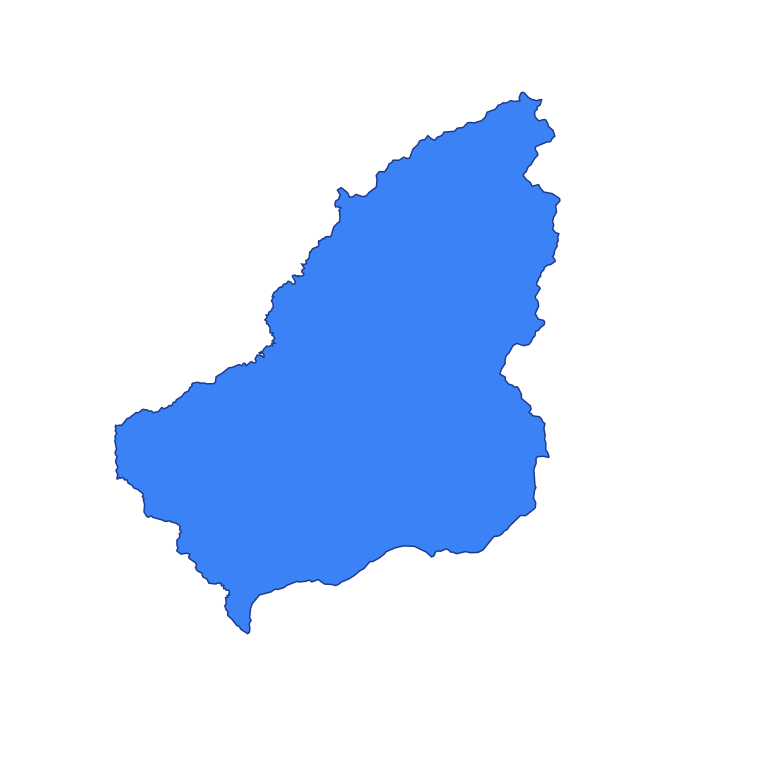 Pang Mapha, Mae Hong Son, Thailand, rotated 60°
{"feature_id": "78962969B96104759744449", "entity_name": "Pang Mapha", "entity_type": "district", "adm_level": 2, "iso_a3": "THA", "parent_name": "Thailand", "parent_adm1": "Mae Hong Son", "projection": "robinson", "projection_center": [98.144, 19.592], "detail": "fine", "context": "isolated", "style": "filled", "palette": "blue", "viewbox_px": 768, "rotation_deg": 60, "n_neighbors": 0, "source": "geoboundaries", "source_scale": "gbopen_adm2", "svg_char_len": 6170}
<svg xmlns="http://www.w3.org/2000/svg" viewBox="0 0 768 768"><g transform="rotate(60 384 384)"><path d="M332.5,662.7L333.3,661.4L332.6,659.9L333.8,659.4L334.5,656.7L337.2,656.8L338.4,654.6L342.1,655.1L345.8,652.7L348.8,652.7L352.3,649.9L358.3,647.7L359.5,647.8L360.8,649.7L362.9,649.1L363.5,650.1L368.8,651.7L374.8,655.8L379.9,655.7L381.5,654.8L381.8,651.3L383.8,651.0L391.1,643.8L392.9,642.8L394.4,640.8L395.0,638.1L396.4,637.8L400.4,633.9L403.9,632.0L405.7,632.1L408.0,633.8L410.6,633.4L411.3,636.1L414.4,637.3L415.8,641.5L420.3,644.0L422.9,644.4L424.8,646.9L429.7,645.0L431.9,639.5L434.2,637.1L436.1,639.7L438.1,639.7L444.5,636.6L447.4,637.0L448.4,638.9L450.6,639.3L453.1,638.7L456.5,636.5L460.4,637.3L464.5,634.9L469.0,635.2L473.1,629.7L473.4,626.9L474.6,626.0L474.8,624.8L477.6,625.6L478.1,623.7L478.8,623.5L480.1,624.9L481.2,625.1L482.1,623.6L483.6,623.8L485.2,621.5L487.2,622.0L488.1,623.3L489.5,623.3L488.6,625.6L490.6,625.9L489.7,628.0L495.7,630.6L496.3,632.7L500.6,633.7L502.8,633.0L506.3,635.1L511.3,633.4L519.6,632.2L521.6,630.6L525.0,630.6L531.9,627.0L531.9,625.0L529.2,622.7L524.0,620.5L522.3,617.3L519.4,617.3L511.4,611.6L508.3,607.8L504.4,597.3L507.5,586.1L507.2,581.2L508.8,578.7L510.3,572.6L509.8,568.7L511.4,558.2L512.9,556.7L515.7,550.5L516.4,546.8L519.3,545.5L520.5,538.7L527.5,535.6L531.5,529.4L534.1,527.1L534.8,524.5L534.2,519.8L535.2,512.1L535.0,505.5L533.7,498.7L533.8,493.6L530.8,485.2L532.1,482.3L532.3,475.9L531.5,469.1L530.3,465.8L531.5,456.0L534.1,447.8L539.8,438.8L550.7,431.4L557.5,429.3L557.8,426.7L555.5,423.8L555.1,421.7L557.2,418.4L557.9,412.6L559.9,411.1L562.8,410.3L564.3,408.2L567.2,406.1L569.9,397.2L573.5,393.2L576.9,386.7L577.2,381.2L571.0,365.2L572.9,360.5L572.9,357.0L571.4,353.3L571.6,349.7L569.9,346.6L566.1,331.5L568.8,327.2L567.2,316.1L566.5,314.6L562.7,312.0L557.6,311.6L551.3,306.7L549.7,304.3L546.9,303.8L532.9,297.0L528.7,291.9L524.3,289.4L523.8,287.1L526.4,281.9L529.8,278.4L529.6,277.5L524.9,276.5L522.3,277.0L515.7,273.2L512.0,272.6L508.9,270.0L502.6,267.8L498.7,264.4L496.6,265.4L493.6,265.0L490.2,265.7L485.8,271.2L483.4,271.2L482.2,272.2L481.0,272.5L479.4,269.2L476.1,268.2L465.1,272.2L461.8,270.2L454.8,269.7L452.9,270.2L451.8,272.9L449.7,273.1L446.2,276.2L441.1,277.0L438.8,275.5L433.2,278.6L429.8,274.8L426.8,268.8L423.8,267.3L420.7,264.2L419.4,259.9L415.2,253.0L415.3,248.6L420.7,243.8L422.2,238.8L421.0,235.5L418.9,232.8L417.7,229.2L414.1,226.3L414.8,223.5L413.3,220.2L412.8,215.7L410.9,214.0L408.8,213.9L404.9,218.0L399.3,217.9L398.2,217.3L394.1,211.3L389.5,209.4L385.7,209.9L383.8,209.3L379.5,201.1L377.9,200.9L375.1,202.2L373.0,201.6L370.9,198.1L369.6,197.3L369.1,194.6L366.2,192.6L365.0,188.5L363.3,186.9L362.7,182.3L363.9,180.4L363.4,174.4L361.9,173.8L358.0,174.4L357.0,172.2L353.4,169.0L351.3,165.2L348.3,163.9L347.2,161.5L343.8,160.2L341.4,157.5L338.3,159.9L334.1,160.5L331.3,157.6L327.6,156.8L324.6,154.0L321.3,148.6L315.5,146.3L313.4,140.2L311.2,139.2L303.1,143.2L297.7,149.6L292.5,150.7L288.6,150.4L286.8,156.9L282.4,156.6L278.1,158.5L273.2,159.3L271.7,157.3L271.2,154.7L268.1,150.7L267.6,147.2L264.2,141.2L262.7,136.3L260.8,135.6L256.3,135.7L254.3,134.0L255.8,122.3L257.3,118.7L255.3,115.1L254.8,112.1L248.9,110.8L242.9,112.8L240.3,111.9L236.1,111.9L235.0,113.1L233.4,118.5L227.9,119.6L223.3,117.3L222.7,113.9L220.6,113.0L220.4,109.3L216.6,105.3L215.6,106.9L215.1,110.0L211.0,114.0L207.8,115.8L202.1,116.9L200.7,118.2L200.6,120.1L203.6,123.8L206.7,124.8L204.3,130.1L202.0,132.4L201.8,137.7L199.9,140.5L200.4,143.8L199.6,145.5L201.7,150.1L200.2,158.8L203.6,162.9L204.7,167.9L202.9,175.7L200.8,178.2L199.6,181.0L201.4,187.2L199.1,192.6L200.4,196.6L195.8,206.2L197.3,208.4L197.6,211.0L196.9,214.6L198.4,218.1L195.5,220.3L190.8,221.9L192.9,226.5L191.7,228.8L191.4,231.6L193.7,235.4L195.0,241.4L201.1,248.8L200.5,250.9L197.4,253.6L197.8,259.0L194.7,264.3L195.9,266.3L196.0,269.8L198.2,272.3L200.6,277.4L197.7,281.9L199.4,286.4L204.0,288.1L209.6,292.2L210.6,301.2L211.9,304.2L212.0,306.5L211.0,308.9L205.8,313.4L206.2,317.7L205.0,320.4L200.1,319.9L193.0,322.6L192.5,323.5L192.7,327.3L198.6,327.4L199.2,328.8L201.3,330.7L201.4,334.5L204.3,337.0L206.5,337.3L207.4,335.1L208.7,334.7L209.2,333.2L209.9,333.2L211.4,336.5L213.4,336.1L214.7,337.6L218.5,339.2L221.5,341.8L221.3,343.5L223.0,349.2L229.1,355.5L229.4,357.1L227.5,360.5L227.6,362.2L228.3,362.9L227.5,364.0L228.1,368.1L227.4,368.8L228.7,370.2L230.6,370.4L231.9,372.3L231.1,378.4L232.8,381.1L232.4,382.1L236.7,385.3L238.0,387.3L238.2,390.1L240.9,390.7L240.6,393.3L239.0,395.3L244.1,395.1L244.3,397.8L245.2,398.9L246.6,399.1L248.5,398.2L249.6,399.4L249.2,402.3L247.8,403.4L248.0,404.9L247.0,404.8L246.6,406.2L245.2,406.5L244.4,408.9L244.9,409.5L250.8,409.6L252.7,411.2L251.8,413.4L249.6,413.6L247.1,415.5L248.3,418.4L247.5,420.2L247.6,421.7L249.4,424.3L248.2,425.0L248.3,427.4L249.5,430.1L249.8,433.5L251.4,435.9L252.5,437.1L253.4,436.0L255.7,439.9L258.6,439.8L262.1,441.5L262.6,443.1L264.0,444.4L264.3,448.0L266.6,449.6L265.3,451.5L267.8,451.8L268.9,455.2L271.2,453.9L271.9,455.2L273.2,455.5L274.8,454.3L276.0,454.8L277.7,454.3L282.7,457.1L284.2,454.6L285.5,456.7L287.3,455.7L290.1,455.9L290.9,459.5L294.0,458.1L292.8,461.0L295.1,461.3L294.0,462.7L294.0,465.1L292.5,466.4L293.5,470.3L294.9,472.3L294.5,476.5L295.6,476.5L296.3,473.9L297.6,473.3L300.2,473.9L300.8,475.0L298.2,475.9L295.5,479.3L298.0,483.2L300.5,483.3L301.2,484.1L300.6,486.1L298.2,487.8L299.3,494.4L297.1,494.0L295.8,495.0L297.0,497.7L294.6,500.1L293.8,506.9L292.4,510.3L293.8,519.5L293.7,525.7L297.9,528.9L298.6,531.2L295.2,537.5L293.2,539.2L292.1,541.6L289.2,544.7L287.6,549.4L288.2,550.8L290.0,551.1L290.0,553.9L292.3,556.8L291.9,561.2L293.6,565.1L293.9,571.8L295.2,573.4L294.6,575.9L296.8,578.7L295.2,580.7L295.9,583.7L295.5,586.8L293.2,588.2L295.0,592.8L293.6,598.1L291.2,598.8L289.9,601.1L288.2,601.9L285.3,605.7L286.2,611.1L284.8,612.9L286.0,621.3L285.5,623.8L288.6,631.8L287.5,633.3L286.8,635.8L285.6,637.1L286.7,638.1L288.9,638.7L290.2,640.2L293.0,640.1L294.9,643.2L297.8,644.2L298.5,645.5L306.7,648.2L308.4,650.8L310.7,651.8L313.5,651.5L315.9,654.4L317.9,655.6L323.1,656.1L324.8,659.3L329.3,659.9L332.5,662.7Z" fill="#3b82f6" stroke="#1e3a8a" stroke-width="1.5"/></g></svg>